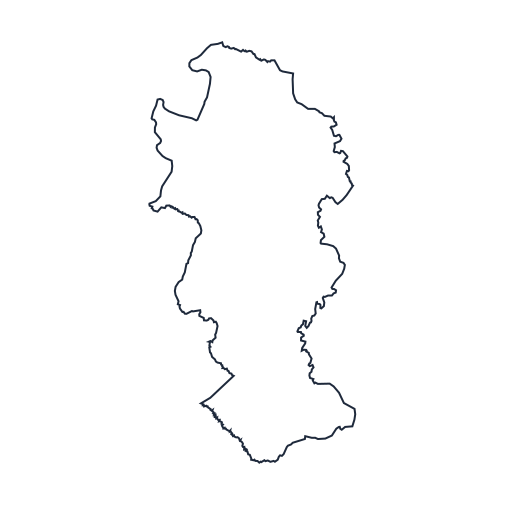 the district of Yendi Municipal, Northern, Ghana, rotated 193°
{"feature_id": "2480657B94460481801793", "entity_name": "Yendi Municipal", "entity_type": "district", "adm_level": 2, "iso_a3": "GHA", "parent_name": "Ghana", "parent_adm1": "Northern", "projection": "natural_earth1", "projection_center": [0.075, 9.473], "detail": "fine", "context": "isolated", "style": "outline", "palette": "slate", "viewbox_px": 512, "rotation_deg": 193, "n_neighbors": 0, "source": "geoboundaries", "source_scale": "gbopen_adm2", "svg_char_len": 6049}
<svg xmlns="http://www.w3.org/2000/svg" viewBox="0 0 512 512"><g transform="rotate(193 256 256)"><path d="M214.9,56.4L212.5,56.4L211.7,57.2L210.6,56.2L208.4,56.6L206.3,55.4L205.1,56.7L204.4,56.4L201.9,58.9L200.7,58.2L198.5,59.4L195.7,58.7L192.7,60.3L191.3,59.8L189.0,62.4L188.6,65.5L187.7,67.2L185.8,67.1L184.5,69.2L183.0,76.8L182.2,78.4L179.5,80.2L178.2,82.3L167.2,88.7L167.5,91.5L160.7,91.4L157.5,92.2L154.5,91.6L147.4,93.7L141.7,98.1L138.9,105.8L136.9,108.0L136.0,108.4L135.0,106.6L133.4,106.0L130.7,109.5L123.8,111.7L123.3,118.7L123.7,124.1L125.6,129.2L137.3,132.5L144.3,141.4L151.0,146.4L155.5,148.2L166.9,145.3L169.7,146.0L170.5,145.1L172.7,147.5L172.4,149.0L175.9,149.3L177.1,151.6L177.3,153.8L175.9,155.7L176.1,158.0L174.9,160.4L176.4,162.5L178.8,160.8L180.2,161.6L179.9,163.2L179.0,164.0L178.8,168.6L182.3,172.1L182.8,173.5L185.6,174.3L185.4,175.3L186.0,175.8L188.5,175.4L190.1,174.0L190.3,176.8L188.4,181.9L188.6,183.7L193.1,183.8L193.7,186.7L191.5,189.0L191.9,190.1L194.6,190.9L195.1,192.0L198.3,191.4L198.7,191.9L198.1,195.3L196.4,196.5L196.2,198.4L194.9,200.1L195.0,203.7L192.5,203.7L192.3,199.0L190.4,197.4L189.1,199.6L188.4,203.2L187.5,203.7L187.3,205.2L188.1,207.4L187.6,210.2L185.8,211.1L184.9,213.4L186.4,217.6L186.7,224.5L186.2,224.8L185.8,223.3L183.1,223.5L182.2,222.8L181.6,219.8L180.6,219.6L178.6,222.4L179.0,226.1L181.5,230.1L181.0,231.6L179.7,231.6L176.9,233.7L173.1,234.6L172.0,237.0L170.1,238.3L170.3,240.6L172.5,241.4L174.2,241.1L175.3,242.3L172.7,249.9L168.0,258.0L167.2,263.4L167.4,267.3L169.2,269.0L172.7,269.4L174.7,272.5L175.1,275.1L179.7,281.2L183.0,283.0L189.3,283.4L195.4,282.7L196.0,283.2L196.3,286.1L193.7,290.1L195.1,293.0L198.0,293.9L197.8,296.7L199.5,299.4L201.1,297.7L202.5,299.5L202.8,302.5L203.8,304.5L202.5,308.5L204.9,310.1L205.6,312.6L203.3,314.6L203.1,316.1L205.4,317.4L206.5,319.5L206.4,321.1L204.7,326.2L201.8,327.2L200.5,330.7L197.1,329.0L195.9,330.1L194.4,329.9L190.7,326.3L188.1,325.1L184.3,330.2L181.4,335.7L177.3,346.4L178.5,346.8L179.0,348.2L180.4,348.9L180.6,350.0L181.5,350.1L183.1,353.4L184.3,353.7L185.3,355.5L186.8,356.2L186.5,359.4L185.0,359.4L184.6,360.5L185.8,364.6L187.8,366.3L191.9,367.5L192.0,368.3L191.0,369.4L190.6,371.3L189.4,372.2L189.3,373.5L194.9,377.7L196.8,377.6L197.1,375.3L197.7,374.8L200.7,375.6L202.9,374.8L203.9,375.7L203.7,379.9L204.8,383.3L200.0,386.8L199.1,389.5L202.0,392.8L203.1,392.5L205.0,390.7L207.1,390.7L210.1,396.0L212.2,397.9L211.7,399.0L209.3,399.7L207.0,402.0L208.2,404.2L209.8,404.6L210.6,405.7L211.3,408.7L212.1,407.4L214.5,408.7L220.9,408.0L223.9,410.0L226.5,410.3L227.2,411.2L231.7,412.6L238.4,411.1L245.7,414.2L250.4,414.9L253.1,417.5L256.4,422.8L260.1,436.5L260.9,442.2L271.7,441.8L274.4,442.4L282.0,450.8L285.2,450.1L286.0,448.6L288.2,448.5L288.6,447.6L291.0,449.2L292.5,449.3L294.8,447.5L296.2,448.7L296.7,448.0L300.7,449.5L302.9,452.4L303.9,452.2L306.4,454.4L308.7,454.4L310.9,453.0L312.0,453.6L312.0,453.1L313.3,453.0L315.0,453.9L316.5,451.8L322.3,453.2L322.8,452.8L324.5,453.7L326.8,452.5L328.9,452.7L329.4,453.6L331.0,453.9L332.5,452.7L335.1,453.3L337.0,456.6L340.9,454.1L347.4,451.6L350.5,447.4L354.9,439.5L357.7,436.2L363.0,432.3L364.3,428.9L363.6,425.7L359.9,422.7L354.9,422.6L350.7,425.3L346.6,425.6L343.5,424.6L340.5,420.2L339.6,413.4L339.4,399.5L340.8,394.8L340.6,392.4L343.7,375.6L344.8,374.7L349.5,375.8L362.6,375.8L373.3,377.4L377.9,379.1L379.6,380.5L380.5,382.3L380.7,385.2L382.0,387.0L384.7,387.5L387.1,386.3L387.2,380.0L388.6,373.8L388.7,366.6L387.8,365.8L385.7,365.8L383.5,363.7L382.9,362.0L383.4,358.5L382.4,353.9L375.1,348.3L374.4,346.7L374.8,344.6L377.4,341.7L377.2,339.1L375.6,336.6L369.6,332.4L365.9,331.0L359.6,329.9L357.8,324.7L357.2,319.1L363.1,302.8L363.3,298.6L362.6,292.6L366.0,286.9L371.6,283.1L371.5,282.2L370.9,281.0L368.1,280.8L368.3,279.0L367.4,278.9L366.1,277.3L361.9,277.1L359.2,282.1L355.5,282.2L354.7,284.9L351.6,285.8L350.3,284.7L349.9,285.4L348.6,285.2L348.3,284.3L347.6,284.7L346.2,283.7L345.5,284.4L344.8,283.4L343.2,284.0L342.1,282.6L342.5,282.0L341.9,282.4L341.9,281.4L341.4,282.4L338.2,281.4L337.5,282.0L336.9,280.6L334.9,281.4L333.0,280.3L331.0,280.6L330.1,279.3L329.3,279.9L327.3,278.9L326.8,279.7L324.7,280.2L323.2,278.2L322.2,278.6L320.8,277.7L320.2,275.5L319.1,275.1L317.0,272.7L315.0,268.7L314.8,265.5L318.7,259.7L318.7,255.9L319.8,252.4L319.6,245.9L320.2,244.2L319.6,242.0L321.0,236.5L320.6,233.8L322.0,232.7L321.7,224.0L322.7,219.6L322.6,216.4L325.5,213.2L327.4,207.9L327.2,203.7L325.7,200.1L321.3,194.5L321.3,191.4L319.0,191.1L319.2,189.6L318.3,187.7L315.1,184.9L314.0,185.3L312.4,183.8L310.8,184.0L306.0,188.0L305.0,187.8L298.2,190.6L297.5,188.7L298.2,186.5L297.7,184.9L293.0,183.9L292.2,181.6L289.5,182.0L288.1,183.1L287.7,184.6L285.8,185.3L282.9,183.6L282.1,182.0L280.4,182.9L279.2,181.7L277.7,179.1L277.6,172.1L278.1,170.2L277.0,167.3L279.3,164.0L279.2,162.3L281.3,162.9L282.6,161.9L281.5,161.9L281.3,158.4L280.0,157.3L281.0,156.5L279.1,151.7L278.0,151.1L276.1,147.8L272.7,146.0L271.4,144.2L269.6,143.5L266.0,143.6L265.6,142.4L264.2,141.9L264.2,141.0L263.2,140.3L263.4,139.3L262.4,139.6L260.9,138.7L259.1,139.7L257.9,137.8L256.9,137.8L255.5,135.9L253.5,135.9L252.5,134.6L250.8,134.2L268.6,107.6L276.5,100.0L274.0,99.6L274.2,98.5L272.9,98.7L272.7,97.8L270.6,98.9L270.1,98.3L269.3,98.6L268.7,97.7L265.8,96.6L265.8,95.9L264.4,95.3L263.7,96.1L263.8,95.0L262.0,94.1L261.4,94.5L262.1,93.4L261.2,93.4L261.7,92.5L260.8,91.4L259.7,92.2L259.5,91.4L260.2,90.9L259.4,90.8L259.7,89.8L258.7,89.9L258.3,88.9L257.5,89.8L257.4,88.9L256.0,87.8L254.6,88.2L254.8,86.6L254.1,87.0L251.8,86.3L251.9,84.7L250.3,84.3L251.0,83.0L249.4,81.2L248.3,81.5L248.6,80.6L246.5,81.0L245.9,80.3L242.4,79.3L241.9,80.1L241.9,79.1L241.4,79.5L239.9,78.1L240.1,76.9L239.1,76.4L238.8,76.9L238.0,75.4L237.0,76.2L236.5,75.2L234.5,74.8L233.2,75.3L231.5,74.5L230.3,72.5L229.7,73.2L229.8,72.4L227.6,71.4L226.5,70.1L226.6,67.9L225.7,67.0L224.5,67.4L224.1,65.0L223.3,65.7L222.7,64.4L221.7,65.5L221.3,65.1L221.8,64.5L221.6,63.6L220.3,63.5L219.0,61.0L217.3,60.9L214.9,57.4L214.9,56.4Z" fill="none" stroke="#1e293b" stroke-width="2"/></g></svg>